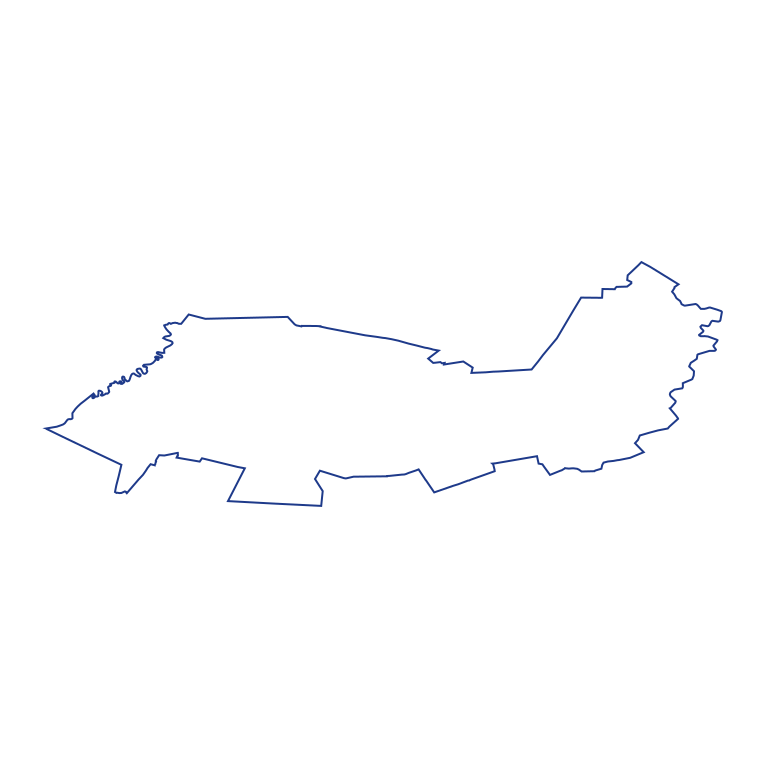 outline of Bērzpils pag., Balvu, Latvia
{"feature_id": "27541924B21084254111268", "entity_name": "Bērzpils pag.", "entity_type": "district", "adm_level": 2, "iso_a3": "LVA", "parent_name": "Latvia", "parent_adm1": "Balvu", "projection": "equal_earth", "projection_center": [27.098, 56.85], "detail": "fine", "context": "isolated", "style": "outline", "palette": "blue", "viewbox_px": 768, "rotation_deg": 0, "n_neighbors": 0, "source": "geoboundaries", "source_scale": "gbopen_adm2", "svg_char_len": 6024}
<svg xmlns="http://www.w3.org/2000/svg" viewBox="0 0 768 768"><path d="M80.7,403.7L77.7,406.5L75.4,409.0L72.4,413.2L72.5,418.2L72.1,418.7L70.8,419.2L69.2,419.1L68.0,419.4L67.1,420.2L65.0,423.0L64.5,423.5L63.0,424.5L60.3,425.5L56.8,426.7L46.1,428.5L46.6,428.7L46.7,429.0L62.3,436.6L97.7,453.6L121.4,464.8L118.7,476.2L116.3,485.4L115.0,492.0L116.5,492.9L117.0,492.7L119.6,493.1L120.5,493.0L121.3,493.0L124.9,491.4L126.1,491.9L126.2,492.1L126.2,492.5L126.8,493.2L138.5,479.6L143.0,474.8L145.8,470.8L147.6,467.9L150.6,464.2L154.7,465.3L154.7,464.9L155.3,464.2L155.4,463.2L156.1,461.6L155.7,461.0L156.4,459.4L159.1,455.2L164.4,455.5L177.5,452.9L177.8,452.9L177.9,455.5L177.6,455.5L176.6,457.6L199.7,461.6L202.0,458.3L237.8,467.0L244.8,468.3L228.0,501.1L274.3,503.6L321.2,505.9L322.7,491.1L315.0,479.0L319.9,470.7L343.8,478.1L345.5,478.4L346.5,478.3L353.5,476.7L387.1,476.3L387.1,476.0L389.4,475.9L402.0,474.6L404.2,474.5L405.8,474.1L408.7,472.9L416.1,470.4L418.6,469.4L424.2,477.8L425.7,480.1L425.9,480.2L434.2,492.4L453.2,485.8L458.1,484.3L468.2,480.5L469.1,480.5L469.4,480.3L471.0,479.6L494.7,471.2L494.5,469.5L493.2,464.3L492.4,463.6L495.5,463.3L537.0,456.2L538.6,463.6L542.4,464.3L544.1,466.8L550.0,474.9L560.4,470.7L561.7,470.3L564.7,468.5L565.0,468.1L565.7,468.3L568.9,468.6L572.5,468.3L573.4,468.3L577.2,468.8L578.9,469.6L581.6,471.5L594.5,471.2L595.1,470.6L601.4,468.7L602.2,465.0L603.2,463.2L603.4,463.1L603.6,462.6L607.9,461.5L613.6,460.9L617.3,460.2L619.2,460.0L630.2,457.8L643.7,452.2L635.0,443.2L638.0,439.9L639.8,435.5L649.4,432.7L658.0,430.4L667.8,428.5L669.3,426.7L678.1,418.8L678.0,418.4L675.9,415.5L669.8,408.3L670.7,407.9L675.3,402.7L675.7,401.2L675.5,400.9L670.6,396.3L669.9,394.7L669.9,394.0L670.3,392.8L670.7,392.2L674.5,389.6L681.8,388.4L682.3,388.3L682.5,387.9L682.8,387.3L682.9,386.0L682.8,383.2L691.2,379.7L692.3,379.1L693.7,375.6L694.0,371.4L693.9,371.1L689.2,366.5L689.2,366.3L690.8,362.8L694.1,360.7L696.8,358.8L697.4,354.8L698.0,354.3L709.4,350.9L714.1,350.9L715.2,350.6L715.7,350.1L715.9,349.5L713.7,346.6L713.4,345.8L713.6,345.4L717.0,341.4L717.5,340.2L716.7,339.7L708.0,336.5L704.4,336.1L704.2,336.2L700.8,336.2L699.5,335.6L699.2,335.4L699.1,334.9L702.9,331.9L703.2,331.5L703.4,331.0L703.4,330.7L703.2,330.4L700.9,328.0L700.4,326.8L700.7,326.4L702.0,325.2L707.4,326.2L708.4,326.0L709.6,324.9L709.9,324.2L711.3,321.6L712.0,321.0L712.4,320.8L718.1,321.6L718.8,321.5L720.0,320.9L720.4,320.1L721.9,312.1L721.7,311.6L721.1,311.1L717.2,309.7L710.0,307.5L708.9,307.6L706.5,308.4L704.3,308.9L700.9,308.9L700.3,308.3L697.9,305.5L697.0,304.7L696.1,304.2L695.6,304.0L685.3,305.6L684.4,305.6L683.7,305.3L681.6,304.2L681.1,303.0L680.1,301.0L676.5,298.3L674.3,294.3L672.1,291.7L674.5,288.0L674.4,287.4L674.5,287.1L678.5,284.3L650.1,266.8L641.4,262.1L638.5,265.1L627.7,275.3L627.2,280.0L631.3,282.0L631.3,283.4L627.1,286.6L616.5,286.9L615.0,288.6L614.8,289.2L602.5,289.0L602.1,297.7L601.1,297.8L581.1,297.6L573.3,310.5L556.9,338.3L543.0,355.0L538.1,361.5L531.6,369.5L498.4,371.5L493.0,371.7L485.8,372.3L471.4,372.9L472.7,367.6L463.3,361.5L444.1,364.5L444.6,362.9L443.2,363.1L443.1,363.3L442.0,363.3L440.4,362.1L435.4,362.7L433.2,362.9L428.2,358.6L438.7,350.6L432.2,349.4L431.8,349.1L427.6,348.1L425.0,347.7L416.9,345.6L408.6,343.6L398.4,340.7L391.6,339.2L385.5,338.1L382.6,337.8L376.9,336.9L365.1,335.3L359.3,334.2L326.8,328.0L325.6,327.7L320.1,326.5L320.2,326.2L316.0,326.0L301.8,325.9L301.5,326.4L296.4,325.4L294.6,324.3L287.7,316.9L205.3,318.8L188.7,314.5L181.2,323.8L178.9,323.8L177.1,323.0L176.4,323.0L175.2,322.7L172.5,323.1L171.0,323.8L170.6,323.8L169.7,323.1L168.9,323.1L168.2,323.6L167.6,324.5L165.7,324.8L164.2,325.4L164.4,326.0L165.3,327.6L166.5,329.4L168.6,331.7L170.6,333.5L170.9,334.4L170.4,335.2L169.2,335.9L165.3,336.5L164.1,337.2L163.3,338.1L166.3,339.7L170.2,340.9L171.4,341.4L172.3,342.1L172.6,343.1L172.0,344.1L170.4,345.4L166.1,347.5L164.6,348.7L164.1,349.6L164.3,352.8L162.3,352.9L160.5,352.6L158.3,352.1L157.3,352.2L156.9,352.5L156.8,353.1L157.2,353.6L159.0,354.6L161.2,355.3L161.9,355.7L162.2,356.4L162.3,357.0L161.8,357.5L161.1,357.6L159.6,357.5L157.3,356.6L156.4,356.5L155.6,356.7L155.2,357.0L155.1,357.4L155.4,357.8L158.5,358.9L158.6,359.3L158.5,359.6L158.3,359.9L157.7,360.0L156.6,359.4L156.1,359.3L155.7,359.5L155.4,359.9L155.3,360.4L153.7,362.1L152.9,362.9L151.2,363.9L150.1,364.3L144.0,364.8L143.1,365.7L143.3,366.4L143.7,366.6L146.4,367.0L146.9,367.3L147.0,367.6L147.0,367.9L146.6,369.1L146.6,369.5L147.3,371.2L147.2,371.6L146.3,373.0L145.2,373.7L144.4,373.8L143.8,373.6L143.1,373.2L142.7,372.5L141.1,369.5L140.5,368.8L140.0,368.6L139.3,368.6L137.7,368.9L137.0,369.3L136.7,369.7L136.6,370.1L136.7,370.6L137.7,372.2L139.0,373.4L140.5,374.6L140.6,375.1L140.5,375.6L140.4,375.9L140.0,376.2L139.5,376.5L138.2,376.2L135.6,374.9L134.0,373.6L133.2,373.5L132.7,373.7L132.0,374.1L131.5,374.7L130.6,376.6L129.8,379.1L129.1,380.7L127.7,381.3L127.2,381.3L126.5,380.9L124.8,379.1L124.6,378.7L124.4,377.5L124.1,377.0L123.6,376.7L122.6,376.7L122.3,377.0L122.2,377.2L122.1,378.0L122.2,378.8L122.8,380.1L124.2,381.4L124.3,381.7L124.3,382.1L123.9,382.6L122.7,383.5L122.1,383.9L121.0,383.9L120.7,383.7L120.6,383.3L121.5,382.3L121.5,382.0L121.2,381.5L120.8,381.3L120.1,381.3L119.7,381.4L119.4,381.6L119.3,381.8L119.4,382.7L119.4,382.9L119.0,383.3L118.6,383.4L117.7,383.3L115.8,381.6L114.9,381.4L114.5,381.6L114.4,381.8L114.5,382.2L114.7,382.5L114.5,382.8L110.7,383.8L110.2,384.0L110.2,384.4L111.0,384.8L111.1,385.3L111.0,385.6L110.6,385.9L109.6,386.1L108.7,386.5L108.1,387.2L109.2,391.7L109.1,392.1L107.9,393.4L107.3,393.7L106.8,393.7L106.5,393.5L106.0,393.5L105.3,394.1L103.1,395.3L102.1,395.6L101.4,395.5L101.0,395.2L101.0,394.8L102.3,393.3L102.4,392.8L102.1,392.1L101.2,391.3L100.1,390.8L99.1,390.7L98.7,390.8L98.4,391.4L98.5,393.2L98.3,394.5L98.3,396.0L98.0,396.2L97.3,396.5L95.7,396.5L95.2,396.7L94.3,397.6L93.5,398.1L92.7,398.1L92.4,397.8L92.3,397.2L93.0,396.5L94.0,395.8L94.6,395.1L94.1,394.3L93.8,394.1L93.5,393.6L84.6,400.7L80.7,403.7Z" fill="none" stroke="#1e3a8a" stroke-width="2"/></svg>